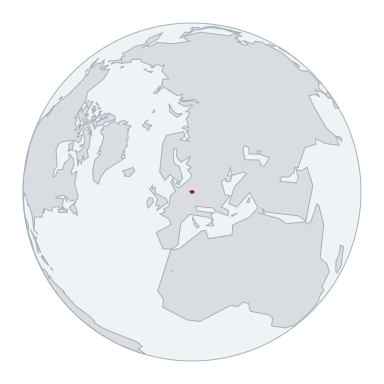 Královéhradecký on an orthographic globe, rotated 325°
{"feature_id": "CZE-1598", "entity_name": "Královéhradecký", "entity_type": "Region", "adm_level": 1, "iso_a3": "CZE", "parent_name": "Czechia", "parent_adm1": "", "projection": "orthographic", "projection_center": [15.778, 50.402], "detail": "fine", "context": "on_globe", "style": "filled", "palette": "rose", "viewbox_px": 384, "rotation_deg": 325, "n_neighbors": 0, "source": "natural_earth", "source_scale": "10m", "svg_char_len": 11021}
<svg xmlns="http://www.w3.org/2000/svg" viewBox="0 0 384 384"><g transform="rotate(325 192 192)"><circle cx="192" cy="192" r="169" fill="#eef3f6" stroke="#a8b0b8"/><path d="M63.3,82.5L82.9,63.3L71.6,73.4L78.5,66.8L78.2,67.1L88.5,58.7L96.1,53.2L109.5,46.1L120.3,44.8L115.6,46.9L118.7,46.6L124.8,44.2L128.1,42.7L147.2,41.1L167.8,37.4L173.2,34.4L172.9,36.8L182.5,30.3L193.0,28.7L181.7,31.7L181.1,33.1L188.5,32.4L189.5,33.7L193.6,34.2L194.1,35.9L187.5,38.0L187.7,39.2L192.9,38.7L196.7,40.4L189.0,40.9L194.8,43.9L184.8,48.7L163.7,50.0L158.8,55.3L138.5,64.1L141.0,65.2L134.9,69.7L135.4,72.8L131.5,73.9L135.3,75.5L138.7,74.0L141.6,74.2L142.2,76.0L137.3,77.6L136.3,76.9L135.2,78.3L132.5,78.4L134.2,79.4L128.2,81.3L135.0,82.1L131.0,85.9L126.8,86.5L126.1,82.8L114.8,76.2L110.3,76.3L104.7,79.6L96.4,93.2L91.9,95.0L86.7,100.0L89.6,100.4L94.8,96.8L98.9,99.3L104.7,94.8L107.3,95.3L113.7,92.5L113.8,96.9L110.5,102.8L105.2,105.5L103.6,108.3L109.6,109.2L100.5,117.9L96.2,130.3L93.7,132.4L87.2,129.6L84.9,120.6L76.6,118.3L83.1,124.0L76.8,129.5L76.3,132.3L77.3,134.6L80.1,134.3L78.2,137.2L71.0,132.3L72.6,129.6L74.9,131.0L73.7,127.0L68.9,124.4L66.1,127.7L61.7,121.2L59.6,123.6L57.5,123.8L61.1,120.3L54.6,126.6L49.0,122.1L40.0,133.5L47.6,119.7L49.5,113.8L51.1,108.1L49.6,109.7L53.8,100.6L54.0,97.0L49.0,102.6L43.4,111.7L39.3,120.8L40.4,119.8L38.8,125.6L34.8,130.7L31.1,143.6L28.5,150.0L26.7,157.3L26.1,162.0L25.1,170.0L26.2,169.8L27.2,174.3L25.3,180.7L27.3,178.8L26.8,185.7L29.8,199.3L29.1,199.7L31.4,218.8L36.8,234.6L38.0,242.2L37.1,243.5L39.6,248.7L39.7,250.6L52.5,270.6L61.3,283.8L62.5,289.9L58.1,290.1L61.0,298.5L58.6,295.7L51.3,285.5L44.7,274.8L39.0,263.7L34.1,252.1L30.1,240.3L26.9,228.1L24.7,215.8L23.4,203.3L23.0,190.8L23.6,178.3L23.6,178.2L25.2,167.5L25.8,163.3L25.5,163.5L28.9,148.0L32.0,138.2L38.4,121.7L45.5,107.9L53.8,94.8L63.3,82.5ZM37.6,136.4L33.5,154.8L33.4,147.9L33.8,148.3L35.4,142.9L37.4,134.7L38.0,129.3L37.6,136.4ZM41.2,136.5L41.7,133.8L41.5,136.0L41.2,136.5ZM129.4,41.9L124.9,44.0L119.0,46.0L122.7,43.9L129.4,41.9ZM140.7,39.2L138.8,40.4L135.5,40.0L137.6,39.4L140.7,39.2ZM176.9,32.2L173.0,32.8L176.5,31.8L176.9,32.2ZM194.1,34.0L194.9,33.4L196.7,34.0L194.1,34.0ZM113.2,90.4L113.4,91.4L112.1,91.4L113.2,90.4ZM115.7,88.2L114.0,87.4L115.0,86.3L116.0,86.8L115.7,88.2ZM199.1,37.2L201.8,38.4L197.9,37.5L199.1,37.2ZM117.6,89.5L116.9,84.4L118.6,82.5L124.0,83.0L117.6,89.5ZM202.6,39.3L209.1,42.5L211.4,41.4L208.5,46.5L203.9,41.9L198.8,40.9L202.1,40.5L202.6,39.3ZM139.6,72.7L135.9,74.4L138.4,71.4L139.6,72.7ZM140.5,70.8L144.0,61.7L149.7,60.3L147.4,63.5L154.3,60.6L155.4,64.3L151.8,66.8L147.9,66.9L151.3,68.3L140.5,70.8ZM205.8,49.0L206.4,50.2L204.5,49.3L205.8,49.0ZM142.9,74.1L143.1,72.3L148.1,70.9L148.6,74.3L146.8,73.6L142.9,74.1ZM155.6,58.1L159.4,57.9L161.3,60.7L163.0,61.1L155.9,64.3L155.6,58.1ZM146.0,74.9L148.7,76.1L146.9,78.4L143.0,75.8L146.0,74.9ZM149.1,69.2L151.5,68.7L150.4,70.1L149.1,69.2ZM142.1,87.7L142.3,85.4L144.9,84.4L142.1,87.7ZM149.8,76.4L150.4,75.6L151.4,75.0L152.8,76.3L149.8,76.4ZM157.7,66.2L157.7,67.6L160.7,65.0L162.3,67.2L157.2,69.1L160.0,69.2L160.5,69.9L155.9,70.7L157.7,66.2ZM157.3,75.9L151.4,79.3L150.6,83.8L148.3,84.7L150.0,77.4L157.3,75.9ZM156.9,72.8L156.6,74.9L153.8,74.8L152.3,73.4L156.9,72.8ZM165.1,68.2L164.1,64.3L165.2,64.0L165.1,68.2ZM157.6,77.2L159.0,76.4L157.9,77.5L157.6,77.2ZM163.4,70.9L162.9,69.5L164.2,69.2L163.4,70.9ZM162.3,75.9L160.4,77.0L159.3,76.0L162.3,75.9ZM163.3,73.6L165.2,73.6L160.0,75.0L162.8,73.0L163.3,73.6ZM164.8,70.9L165.4,70.3L164.8,71.5L164.8,70.9ZM167.6,79.4L161.4,81.3L158.9,79.0L165.3,77.4L167.6,79.4ZM114.6,293.8L102.0,269.7L107.1,263.6L107.2,253.5L141.3,227.2L149.4,231.2L177.3,229.5L181.0,231.1L178.7,239.8L200.4,250.0L206.3,242.4L225.0,245.6L236.8,242.8L239.2,225.6L219.9,229.9L215.5,222.4L230.2,212.0L247.0,208.3L245.8,205.3L234.4,201.2L237.4,194.0L230.4,199.2L233.9,201.7L229.5,205.2L226.1,203.1L227.3,200.5L222.0,200.2L217.6,212.9L220.7,216.9L207.4,221.1L211.2,228.2L207.9,232.1L200.2,221.6L200.3,217.3L186.6,205.6L185.3,210.4L198.1,221.9L194.5,221.2L192.8,228.3L191.2,222.4L177.5,209.1L164.9,211.2L150.3,227.0L142.6,227.1L135.6,222.0L139.5,204.7L156.2,206.6L157.7,201.0L153.2,191.7L158.6,193.2L158.8,189.9L165.0,190.2L172.5,182.6L178.6,182.1L180.4,171.7L183.8,170.2L181.8,176.7L183.6,181.1L198.7,180.0L201.2,177.6L201.2,171.0L205.3,171.8L203.4,165.6L211.5,162.0L200.0,161.4L199.6,154.3L203.9,148.3L201.7,146.0L194.8,155.8L193.9,159.9L196.4,163.5L192.2,175.2L187.3,177.3L183.9,165.1L176.5,166.9L177.1,157.0L195.5,135.8L203.7,131.1L219.7,137.7L218.4,142.5L212.0,142.4L219.0,148.8L217.9,145.2L221.3,146.0L221.9,139.8L224.4,140.1L220.7,133.9L223.8,133.6L226.0,137.5L229.5,128.6L235.6,126.5L235.2,124.4L233.0,122.7L242.2,121.5L241.5,120.0L238.2,119.8L234.6,116.8L232.0,111.2L235.3,111.1L236.7,113.1L244.7,117.3L247.9,123.0L249.0,122.4L247.0,117.5L237.3,112.3L234.7,109.0L239.5,110.7L237.6,109.8L237.4,108.2L240.2,106.5L235.0,104.3L228.0,87.5L232.9,82.9L238.0,86.1L236.6,75.4L242.2,71.9L239.1,71.6L236.4,66.7L234.6,67.7L233.0,67.2L225.2,56.1L225.9,53.6L219.1,49.2L217.5,49.2L216.6,50.7L208.5,46.5L211.4,41.4L214.8,41.7L214.4,38.6L222.2,39.9L228.4,39.9L237.2,43.6L241.4,43.5L240.7,42.3L245.9,41.6L258.9,44.6L251.3,47.2L232.5,45.2L240.4,46.2L239.5,47.6L242.9,49.1L248.5,49.9L248.5,49.0L261.9,59.9L277.0,67.2L273.8,61.9L276.1,60.4L290.5,65.9L312.6,86.0L315.9,85.6L319.0,87.9L322.4,93.2L318.1,89.9L317.8,92.3L314.8,89.8L318.9,97.7L314.8,94.5L319.9,102.5L322.6,103.0L320.5,97.0L326.8,105.7L330.1,104.6L335.2,109.6L345.4,129.2L348.7,142.1L349.9,144.6L348.8,146.4L351.0,155.4L356.0,159.1L357.2,162.6L359.1,177.3L358.4,175.0L355.5,179.6L357.7,189.4L360.0,188.0L360.9,193.1L360.3,196.8L359.1,192.7L358.0,194.1L356.4,186.2L351.8,179.3L351.1,187.4L349.3,182.9L342.9,180.1L340.8,191.6L338.7,216.3L341.5,228.6L339.4,238.1L329.4,229.1L323.8,219.1L320.8,223.9L309.9,220.4L293.1,232.9L290.1,230.7L287.0,234.6L279.3,235.1L274.4,230.9L270.0,233.6L282.7,244.3L287.4,241.3L290.5,232.7L293.2,237.3L300.6,237.7L294.6,256.1L268.7,280.9L265.1,272.1L240.2,250.1L240.4,246.4L240.2,246.0L239.9,245.4L238.6,251.6L234.0,246.6L248.4,264.3L251.2,272.3L268.3,281.6L266.9,283.7L272.1,284.6L287.6,273.4L287.9,276.6L281.2,294.2L258.9,319.8L261.4,328.3L258.8,335.9L243.8,344.3L243.9,347.9L236.0,351.0L234.7,352.9L227.7,355.7L216.3,358.5L198.3,360.1L198.1,359.2L190.5,356.9L180.3,347.3L185.8,341.7L184.6,336.6L171.5,323.3L174.4,315.5L170.7,311.7L163.1,311.9L158.7,307.1L154.0,306.3L124.1,302.6L114.6,293.8ZM130.7,243.9L130.1,247.0L130.7,243.9ZM265.8,212.4L275.1,208.4L269.1,200.0L272.2,197.9L269.1,195.9L268.6,199.4L260.6,193.6L264.0,188.4L262.0,184.3L258.7,185.5L253.8,195.9L265.2,204.2L263.9,209.5L265.8,212.4ZM30.0,199.7L30.1,202.6L29.5,200.4L30.0,199.7ZM32.1,149.3L31.9,152.2L31.3,154.6L31.3,152.8L32.1,149.3ZM33.0,173.1L33.3,176.9L32.5,174.0L33.0,173.1ZM33.2,157.5L32.7,170.3L31.1,165.5L31.6,157.6L32.0,161.6L33.2,157.5ZM38.8,138.6L38.3,140.7L37.6,141.3L38.8,138.6ZM41.1,138.2L41.1,137.6L41.8,135.8L41.1,138.2ZM77.3,129.7L77.8,130.2L78.2,132.9L76.9,132.4L77.3,129.7ZM87.1,141.4L83.8,145.9L85.2,142.2L82.7,142.1L82.5,134.4L92.5,133.0L88.0,134.9L87.1,141.4ZM85.0,124.2L84.0,128.9L84.7,123.8L85.0,124.2ZM153.7,172.0L156.2,174.5L154.4,178.3L146.6,179.8L149.2,174.3L153.7,172.0ZM160.1,177.4L158.9,165.3L163.7,164.2L161.2,166.8L164.5,167.3L161.4,171.7L167.1,182.7L165.9,186.9L152.2,186.9L157.4,184.5L154.6,182.0L160.1,177.4ZM147.5,139.5L147.1,135.0L158.0,138.2L157.1,142.0L149.4,143.5L145.8,139.9L147.5,139.5ZM127.2,91.7L126.3,90.4L127.7,89.8L129.5,90.5L127.2,91.7ZM142.0,86.7L132.4,97.2L131.0,96.1L127.1,103.9L121.7,104.2L124.4,99.1L117.4,105.4L117.6,100.9L113.3,105.6L119.7,94.1L119.7,90.5L121.8,94.3L126.8,94.0L128.9,92.9L134.9,87.0L137.1,79.6L142.4,78.5L145.6,79.7L145.8,81.3L142.3,81.4L145.2,83.5L140.3,85.0L142.0,86.7ZM179.2,98.4L175.0,97.2L180.0,103.0L175.1,103.9L176.0,104.5L172.9,107.1L170.6,111.3L168.2,111.1L168.4,112.9L166.3,114.7L165.7,117.1L161.2,117.8L160.1,120.8L158.6,119.4L157.9,124.6L156.5,121.0L153.6,123.3L156.5,125.5L134.1,124.6L125.8,127.4L119.7,131.9L118.0,125.7L122.7,117.7L130.5,110.2L138.8,108.6L136.5,106.2L139.8,104.8L140.2,107.2L141.5,102.7L144.3,102.3L151.3,96.5L151.5,90.6L154.1,88.5L155.4,90.6L157.0,87.1L161.2,89.7L163.2,88.3L169.3,89.7L170.7,94.8L172.8,92.9L177.5,94.1L179.2,98.4ZM169.3,79.9L172.1,85.4L170.8,88.8L160.7,85.0L158.4,85.9L151.9,84.0L153.9,79.3L155.5,80.2L157.6,80.1L156.2,81.6L158.9,80.3L161.3,81.6L164.1,81.0L164.3,82.9L169.3,79.9ZM184.6,227.8L187.3,228.1L191.4,227.6L190.4,232.2L184.6,227.8ZM175.1,218.9L177.5,218.3L178.1,224.3L175.2,224.1L175.1,218.9ZM178.3,213.1L177.5,217.9L176.3,215.2L178.3,213.1ZM183.9,175.9L186.4,175.1L186.9,176.6L185.7,178.9L183.9,175.9ZM192.9,116.8L190.7,115.3L191.3,114.4L189.2,109.3L192.6,108.4L195.3,111.1L192.9,116.8ZM236.2,229.3L233.1,233.3L231.2,232.2L232.7,231.0L236.2,229.3ZM210.9,233.9L217.0,235.1L210.6,235.1L210.9,233.9ZM196.3,115.0L195.0,113.0L197.5,113.8L196.3,115.0ZM195.0,107.5L197.9,107.9L192.8,107.7L195.0,107.5ZM284.8,323.6L271.6,338.3L264.5,341.4L264.3,339.5L269.8,331.8L278.5,326.1L283.0,320.7L284.8,323.6ZM360.3,206.7L360.3,207.2L357.4,205.3L358.5,200.9L360.9,196.2L360.8,198.7L360.8,198.2L360.3,206.7ZM342.1,229.1L345.2,232.7L343.8,236.4L342.1,229.1ZM353.6,142.8L352.9,140.5L353.0,140.7L353.6,142.8ZM351.1,135.2L350.4,133.4L351.0,134.9L351.1,135.2ZM351.6,147.7L352.0,151.6L351.2,150.2L350.1,144.4L351.6,147.7ZM339.0,114.1L342.2,118.4L343.4,120.5L342.1,119.4L339.0,114.1ZM223.9,106.3L223.0,114.2L224.6,119.7L229.2,122.4L222.4,122.2L219.9,113.7L223.9,106.3ZM227.1,89.7L223.2,87.7L225.1,86.6L226.2,86.9L227.1,89.7ZM224.6,89.9L219.4,91.3L217.3,88.9L221.8,88.3L224.6,89.9ZM208.0,102.8L207.4,105.1L205.4,104.4L208.0,102.8ZM349.7,131.3L350.6,133.8L346.8,126.0L345.7,122.9L349.0,129.8L348.9,129.2L349.7,131.3ZM318.4,83.7L316.6,82.5L314.5,79.5L316.3,81.2L318.4,83.7ZM305.9,69.8L313.3,78.4L318.9,85.9L318.9,84.9L323.3,89.5L321.4,89.3L314.8,81.7L311.2,76.6L307.3,73.5L302.5,68.7L298.3,66.5L295.1,64.0L297.8,64.5L305.9,69.8ZM296.6,65.8L287.5,61.3L285.1,57.4L286.6,57.5L291.7,61.2L292.7,63.0L296.6,65.8ZM284.6,59.2L285.4,60.9L273.8,60.0L270.7,59.0L278.3,57.1L279.5,58.8L282.8,59.8L284.6,59.2ZM208.0,49.8L206.6,50.1L207.1,49.1L208.0,49.8ZM232.0,67.9L229.9,67.1L230.5,65.8L232.0,67.9ZM224.2,64.3L225.0,66.3L222.8,64.3L224.2,64.3ZM226.9,70.9L224.6,67.1L228.8,70.7L226.9,70.9Z" fill="#d9dde1" stroke="#a8b0b8" stroke-width="1"/><path d="M191.5,190.9L191.7,191.0L191.8,191.0L192.0,191.0L192.3,191.2L192.4,191.3L192.5,191.4L192.8,191.3L192.8,191.2L193.0,191.3L193.2,191.5L192.9,191.8L192.8,192.0L193.0,192.1L193.2,192.3L193.3,192.3L193.3,192.5L193.5,192.6L193.5,192.8L193.3,192.7L193.3,192.8L193.1,193.0L192.8,193.1L192.7,193.1L192.6,192.9L192.4,192.9L192.4,192.7L192.2,192.7L192.1,192.8L192.0,192.7L191.9,192.7L191.9,192.8L191.7,192.8L191.4,192.9L191.2,192.8L191.2,192.7L191.3,192.7L191.2,192.6L191.2,192.4L190.9,192.3L190.9,192.2L190.8,191.9L190.8,191.7L190.9,191.8L191.0,191.8L191.1,191.7L191.3,191.8L191.4,191.7L191.5,191.6L191.7,191.4L191.6,191.2L191.5,190.9Z" fill="#f43f5e" stroke="#9f1239" stroke-width="1.5"/></g></svg>